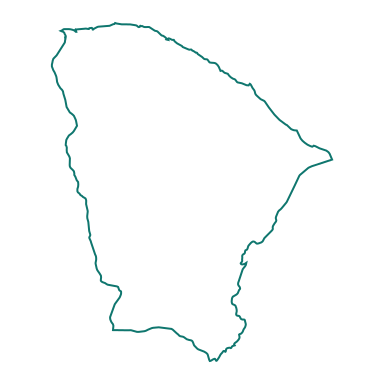 SVG path tracing the border of Ceará
{"feature_id": "BRA-621", "entity_name": "Ceará", "entity_type": "State", "adm_level": 1, "iso_a3": "BRA", "parent_name": "Brazil", "parent_adm1": "", "projection": "orthographic", "projection_center": [-39.568, -5.32], "detail": "fine", "context": "isolated", "style": "outline", "palette": "teal", "viewbox_px": 384, "rotation_deg": 0, "n_neighbors": 0, "source": "natural_earth", "source_scale": "10m", "svg_char_len": 5842}
<svg xmlns="http://www.w3.org/2000/svg" viewBox="0 0 384 384"><path d="M65.2,38.2L65.5,38.4L65.8,36.6L65.6,35.6L64.7,34.0L64.2,32.6L63.0,31.8L62.6,30.9L62.0,31.2L61.6,31.3L60.8,30.9L61.8,30.5L63.5,29.3L64.6,29.1L68.5,29.1L70.6,29.3L72.6,29.8L74.4,30.5L75.8,31.8L76.3,31.8L76.1,31.0L75.8,30.3L74.9,29.0L75.8,29.5L85.9,28.6L88.4,29.0L89.0,28.9L89.2,28.3L89.8,28.1L91.8,27.9L92.3,28.3L92.7,29.5L93.2,29.5L93.9,28.8L97.1,27.1L98.2,26.7L109.6,25.8L113.2,24.2L114.4,24.0L114.6,23.8L115.1,23.0L115.5,23.1L116.5,23.5L121.5,24.3L130.1,24.4L135.8,25.3L136.7,25.6L138.1,26.8L138.8,27.1L139.6,26.9L139.9,26.2L140.3,25.8L141.1,26.2L142.0,26.0L143.9,26.9L145.0,27.1L148.3,27.0L149.3,27.1L154.8,30.7L156.9,31.2L157.6,31.6L161.2,35.1L162.0,35.6L162.8,35.7L163.9,36.3L165.5,37.5L166.6,38.7L166.2,39.4L167.1,39.7L168.1,39.9L167.6,39.0L168.5,38.4L169.6,38.6L172.2,39.9L172.5,39.9L173.8,39.9L174.0,40.1L174.5,41.2L177.0,43.3L181.9,46.0L182.7,47.0L188.6,49.5L189.4,49.7L191.1,49.5L191.5,49.7L192.3,50.6L193.6,51.1L195.9,52.7L196.5,52.6L196.8,52.7L197.2,53.0L197.7,54.0L202.1,57.0L204.0,58.8L204.6,59.1L205.3,59.2L206.6,59.3L207.3,59.5L208.2,60.5L208.8,61.5L209.6,62.4L211.2,62.7L214.0,62.9L215.0,63.1L216.0,63.6L217.6,65.1L218.8,66.9L220.5,70.9L221.8,70.6L222.7,71.1L223.6,72.0L224.6,72.8L227.8,73.8L229.0,75.5L230.7,77.2L232.8,78.6L234.5,79.2L235.3,79.7L236.9,81.9L237.6,82.4L241.9,83.3L246.5,85.2L248.6,85.4L249.8,83.8L250.5,84.3L251.1,85.2L252.5,87.9L254.2,90.2L254.7,91.3L255.2,93.4L255.6,94.3L256.4,95.3L260.2,98.8L260.9,99.3L264.0,100.8L264.8,101.5L268.9,107.5L274.4,114.6L279.5,119.9L285.8,124.6L286.8,125.0L291.1,129.1L292.4,129.7L293.8,130.2L295.3,130.4L296.8,130.5L300.6,138.5L302.4,140.7L304.7,142.7L307.5,144.7L310.4,146.1L312.2,146.7L313.0,146.3L313.7,145.7L315.4,146.2L319.5,148.3L326.3,150.6L328.4,152.1L329.6,153.7L332.1,159.6L311.9,166.2L309.0,167.5L308.3,167.9L299.9,175.0L299.3,175.8L294.4,186.2L286.9,201.7L286.4,202.5L281.5,208.4L280.3,209.6L279.4,210.2L278.1,211.7L276.1,216.6L275.8,217.8L275.8,218.2L276.3,220.4L276.0,221.5L274.5,223.5L273.1,225.8L272.9,226.4L272.7,227.1L272.8,228.6L272.7,229.4L272.0,230.4L264.4,238.1L263.8,239.2L263.0,240.8L262.4,241.6L261.3,242.4L258.9,243.3L257.7,243.6L256.8,243.6L256.3,243.3L254.8,242.0L254.2,241.7L253.6,241.5L253.0,241.5L252.0,242.0L250.9,242.9L249.3,244.7L248.4,245.8L247.9,247.2L247.7,248.1L247.1,249.5L245.4,250.4L245.1,251.2L244.9,252.6L244.7,253.2L244.3,253.7L243.1,254.4L242.7,254.8L242.3,255.5L242.2,256.4L242.3,257.7L242.1,259.5L242.2,260.5L242.1,261.3L241.8,261.9L241.0,262.8L240.7,263.3L240.9,263.8L241.3,264.2L241.9,264.4L242.7,264.4L244.7,263.9L246.3,262.8L245.9,264.7L245.6,265.4L244.9,266.5L243.8,267.8L242.7,269.3L238.7,281.4L238.3,282.4L238.1,283.5L238.1,284.4L238.5,285.5L239.5,286.7L239.8,287.3L240.0,288.0L240.1,288.6L239.8,289.3L239.1,290.0L237.8,293.2L237.2,293.9L236.4,294.6L232.8,296.7L232.0,298.3L231.7,301.1L231.7,302.0L232.0,303.3L232.5,304.1L234.7,305.1L235.2,305.5L235.6,306.0L235.8,306.7L236.3,308.0L236.6,309.5L236.7,310.4L236.7,311.4L236.2,313.7L236.2,314.6L236.6,315.3L237.3,315.7L238.8,315.9L239.4,316.2L239.8,316.7L240.4,317.9L240.7,318.5L241.1,319.0L241.7,319.3L242.5,319.5L244.0,319.5L244.6,319.8L244.9,320.4L245.1,321.4L245.7,323.7L245.8,324.5L245.6,325.6L245.1,327.1L244.7,327.8L243.6,329.4L242.8,331.5L242.2,332.5L241.0,333.7L239.5,334.2L239.1,334.6L239.5,336.9L239.5,337.7L239.2,338.6L238.6,339.6L237.4,341.0L236.7,341.7L234.9,343.0L234.5,343.5L234.2,344.0L234.1,344.5L234.7,345.4L232.7,346.0L232.0,346.5L231.3,347.8L231.0,348.0L230.7,348.1L230.0,347.8L229.3,347.7L227.8,348.0L226.7,348.5L226.1,349.3L225.8,351.1L225.6,351.6L225.3,351.8L225.1,351.7L224.6,351.2L224.3,351.0L223.7,351.0L223.4,351.2L223.1,351.4L222.3,352.6L220.8,354.2L220.3,355.0L219.2,357.1L218.5,358.2L217.7,359.4L216.8,360.6L216.4,360.8L216.1,360.7L215.1,359.0L214.8,358.8L214.2,358.9L213.0,359.4L211.3,360.5L210.4,360.9L209.8,361.0L209.5,360.4L209.2,359.8L207.8,354.9L207.5,354.2L207.1,353.7L206.1,352.8L204.1,351.6L198.4,349.4L197.3,348.7L194.3,345.6L193.9,344.9L193.2,342.9L192.8,342.0L192.3,341.1L191.9,340.8L191.5,340.5L190.0,340.1L189.2,340.0L186.7,339.2L184.1,337.3L183.4,336.9L182.8,336.7L180.2,336.2L179.7,335.9L179.3,335.7L178.3,334.6L176.6,333.2L172.8,329.7L171.5,328.9L158.7,327.3L153.2,327.8L151.8,328.1L148.2,329.6L145.8,330.8L144.4,331.2L138.6,331.9L137.1,331.9L131.3,330.3L130.5,330.2L129.9,330.2L129.1,330.3L113.0,330.1L113.4,325.8L113.2,325.0L112.9,324.1L111.9,322.8L111.2,321.7L110.3,319.5L110.1,318.1L110.1,317.1L114.7,304.4L115.0,303.9L119.5,297.7L119.9,297.0L120.9,294.5L121.1,293.4L121.1,291.9L121.0,291.4L120.6,291.1L120.0,290.8L119.4,290.3L119.1,289.8L118.7,288.7L118.1,287.0L117.5,286.7L116.9,286.4L107.7,284.7L106.7,284.2L105.1,283.1L102.4,282.1L101.5,281.5L100.9,280.8L100.8,280.1L101.1,277.2L100.9,275.6L99.5,273.3L97.4,270.3L96.7,268.6L95.6,263.7L95.6,262.7L96.1,260.2L96.2,259.1L96.1,257.3L95.9,256.2L95.5,255.2L95.1,254.4L91.1,242.5L90.8,241.3L89.4,238.2L89.3,237.3L90.1,235.7L90.3,235.0L90.1,234.1L89.2,231.0L88.3,221.9L87.3,218.2L87.2,216.2L87.7,211.8L87.7,211.0L86.1,204.1L86.2,200.6L85.9,199.4L85.5,198.5L84.8,198.0L82.9,196.9L81.9,195.9L80.5,195.1L79.5,193.6L77.9,192.3L77.4,191.2L77.4,189.0L78.1,186.7L78.3,184.5L78.1,182.0L76.7,180.2L75.3,176.6L74.3,175.0L74.3,173.3L73.9,171.3L72.7,169.9L70.6,167.9L69.9,166.6L69.7,165.1L69.9,158.3L69.4,156.7L68.8,155.6L66.9,152.4L66.7,150.0L66.8,147.7L66.4,146.1L65.7,145.1L65.9,143.0L66.3,140.0L67.0,138.6L68.9,135.5L70.8,134.1L72.7,132.5L73.9,131.0L77.0,125.8L76.1,121.2L75.7,119.7L73.9,115.8L72.9,114.8L71.6,113.7L69.8,112.4L66.6,107.0L65.3,99.9L63.4,93.7L63.0,91.4L62.0,89.8L60.4,88.2L58.2,84.7L57.1,81.9L56.8,79.5L56.4,77.0L56.1,76.0L54.6,72.4L53.3,70.2L51.9,66.5L51.9,64.6L52.4,62.4L52.7,60.7L53.4,58.7L56.6,55.4L64.8,42.5L64.9,41.9L65.3,39.0L65.2,38.2Z" fill="none" stroke="#0f766e" stroke-width="2"/></svg>